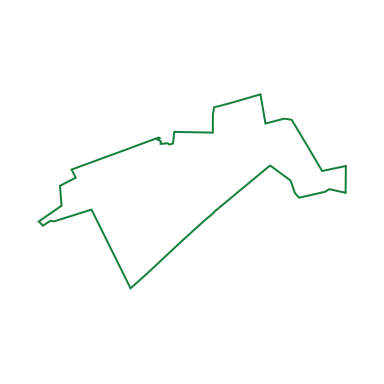 outline of Aconchi, Sonora, Mexico, rotated 349°
{"feature_id": "50627088B4605568990121", "entity_name": "Aconchi", "entity_type": "district", "adm_level": 2, "iso_a3": "MEX", "parent_name": "Mexico", "parent_adm1": "Sonora", "projection": "natural_earth1", "projection_center": [-110.211, 29.784], "detail": "fine", "context": "isolated", "style": "outline", "palette": "green", "viewbox_px": 384, "rotation_deg": 349, "n_neighbors": 0, "source": "geoboundaries", "source_scale": "gbopen_adm2", "svg_char_len": 828}
<svg xmlns="http://www.w3.org/2000/svg" viewBox="0 0 384 384"><g transform="rotate(349 192 192)"><path d="M109.7,261.7L113.3,274.8L132.0,263.7L172.8,238.1L202.3,220.3L204.0,219.5L209.2,216.6L209.8,215.8L210.0,215.7L214.2,213.4L272.7,181.4L273.9,181.1L291.0,199.6L292.8,212.6L296.0,218.0L322.7,217.2L327.2,215.4L327.3,215.4L342.6,222.1L348.0,195.8L323.7,196.2L313.5,167.3L303.6,140.1L296.5,137.6L277.2,138.8L277.8,109.2L248.3,111.9L229.9,113.1L227.2,120.3L226.9,121.7L223.8,137.7L187.9,130.0L187.6,129.9L187.3,129.8L186.1,129.6L182.6,140.8L180.6,140.9L179.9,141.0L178.8,141.1L177.5,139.5L170.4,138.8L171.1,136.2L168.4,134.1L170.6,133.0L169.7,132.2L78.1,147.0L80.6,155.8L63.6,160.7L61.3,180.6L36.0,191.7L39.3,196.6L47.4,193.3L51.1,194.5L90.0,190.1L99.6,225.0L109.7,261.7Z" fill="none" stroke="#15803d" stroke-width="2"/></g></svg>